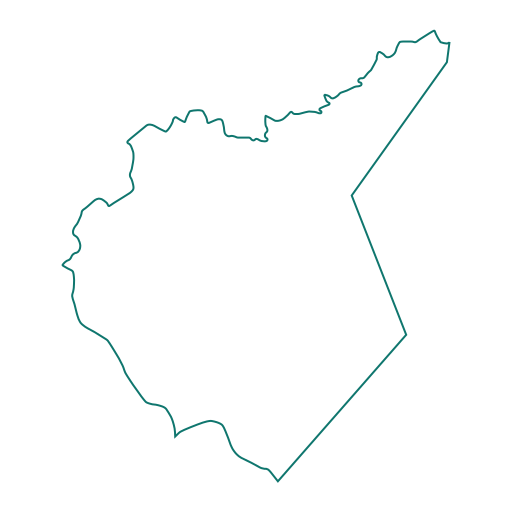 Mapulaca, Lempira, Honduras
{"feature_id": "27666195B86769903642722", "entity_name": "Mapulaca", "entity_type": "district", "adm_level": 2, "iso_a3": "HND", "parent_name": "Honduras", "parent_adm1": "Lempira", "projection": "robinson", "projection_center": [-88.627, 14.049], "detail": "fine", "context": "isolated", "style": "outline", "palette": "teal", "viewbox_px": 512, "rotation_deg": 0, "n_neighbors": 0, "source": "geoboundaries", "source_scale": "gbopen_adm2", "svg_char_len": 5936}
<svg xmlns="http://www.w3.org/2000/svg" viewBox="0 0 512 512"><path d="M449.4,42.9L448.7,42.8L447.6,43.4L446.6,43.5L443.8,43.1L440.6,42.2L438.7,39.3L437.0,36.3L435.7,33.6L434.8,31.2L434.5,30.9L434.1,30.7L432.5,31.4L429.5,33.2L420.8,38.7L419.0,39.9L416.9,41.5L415.7,42.1L415.2,42.2L414.7,42.2L412.2,41.6L409.6,41.5L403.5,41.5L401.0,41.7L399.9,42.0L399.6,42.3L399.0,43.1L397.5,46.0L396.7,47.8L395.8,50.9L395.2,52.2L394.8,53.0L393.8,54.2L392.6,55.3L391.2,56.2L390.1,56.8L389.0,57.1L387.9,57.3L387.3,57.2L386.4,57.0L385.3,56.2L383.7,54.4L382.0,53.2L379.9,52.0L379.3,52.0L378.8,52.1L378.3,52.5L378.0,52.9L377.6,53.9L377.2,55.1L376.8,56.8L376.8,58.9L376.6,59.7L374.0,64.8L371.1,70.0L370.5,70.6L369.2,71.7L367.7,73.2L364.9,76.7L364.1,77.6L363.4,78.0L362.7,78.2L362.0,78.3L361.1,78.2L360.2,78.4L359.3,78.9L358.6,79.7L358.4,80.3L358.3,80.7L358.4,81.3L358.7,81.8L359.0,82.1L359.3,82.3L360.3,82.5L360.8,82.7L361.1,83.0L361.4,83.4L361.5,83.9L361.5,84.4L361.3,84.8L361.1,85.2L360.5,85.6L359.3,86.1L358.2,86.3L356.1,86.5L354.3,87.0L346.8,90.6L341.1,92.6L340.4,93.0L339.7,93.5L338.1,95.3L336.6,96.5L335.1,97.5L333.3,98.3L332.5,98.4L331.6,98.2L330.9,97.8L329.9,96.8L328.8,96.0L327.4,95.4L325.8,95.0L325.0,94.8L324.7,95.0L324.4,95.3L324.4,95.7L325.3,98.2L326.3,100.5L326.8,101.3L327.5,101.9L328.2,102.4L329.3,103.0L329.5,103.3L329.5,103.9L329.2,104.4L328.6,104.8L324.3,106.4L321.0,107.9L320.1,108.4L319.8,108.7L319.6,108.9L319.5,109.4L319.5,109.9L319.6,110.2L319.9,110.5L320.1,110.7L321.0,111.1L321.3,111.5L321.4,111.9L321.4,112.3L321.3,112.7L320.8,113.2L320.0,113.3L318.8,113.2L316.4,112.3L314.6,111.9L309.1,111.5L307.9,111.7L305.1,112.3L299.5,113.8L298.2,114.0L294.8,114.0L294.2,113.9L293.6,113.7L292.9,113.2L291.9,112.1L291.4,111.9L291.0,111.9L290.6,112.1L290.1,112.4L287.8,115.0L284.6,117.9L282.9,119.2L281.7,119.8L280.1,120.4L278.4,120.8L277.1,120.9L275.9,120.9L274.8,120.6L270.4,118.1L265.9,115.9L265.7,115.9L265.5,116.2L265.3,119.2L265.3,121.8L265.5,124.4L265.8,125.9L266.7,127.5L267.1,128.5L267.3,129.3L267.4,130.3L267.3,131.0L267.0,131.6L266.7,132.0L265.9,132.7L265.3,133.5L265.0,134.5L264.9,135.6L265.0,136.3L265.4,137.1L266.0,137.8L267.1,138.5L267.4,139.0L267.5,139.5L267.4,140.1L267.1,140.6L266.5,141.0L265.9,141.2L265.2,141.3L264.1,141.3L261.4,141.0L259.8,140.4L257.8,139.2L256.6,138.9L256.1,138.9L255.6,139.1L255.3,139.3L254.6,140.0L254.2,140.2L253.6,140.4L253.0,140.3L252.6,140.2L252.0,139.9L251.4,139.4L250.4,138.2L249.7,137.8L249.1,137.6L238.0,137.6L236.9,137.4L234.7,136.5L232.8,136.0L231.4,135.9L229.2,136.3L228.3,136.2L227.4,135.9L226.5,135.3L225.8,134.7L225.1,133.7L224.7,132.8L224.3,131.0L223.9,127.3L223.2,123.9L222.8,122.3L222.5,121.3L222.1,120.5L221.6,119.9L221.0,119.5L220.4,119.3L219.0,119.2L217.8,119.3L216.8,119.6L214.0,120.7L209.0,122.9L208.4,123.0L208.0,122.9L207.6,122.6L207.4,122.2L206.9,119.4L206.1,117.0L205.5,115.8L203.3,111.8L202.7,111.2L202.2,110.8L201.6,110.6L200.0,110.3L197.9,110.2L193.7,110.5L191.4,110.9L190.2,111.2L189.7,111.5L189.2,112.2L186.9,116.7L186.1,118.7L185.2,121.3L185.0,121.7L184.6,122.0L184.4,122.0L182.7,121.2L179.9,119.7L176.4,117.4L175.7,117.2L174.9,117.4L174.0,118.2L173.3,119.3L173.1,119.6L172.8,121.3L172.4,122.4L171.4,124.5L170.2,126.6L169.2,128.1L167.9,129.8L166.5,131.2L166.0,131.5L165.5,131.5L164.8,131.3L162.5,130.2L159.5,128.7L154.3,125.8L152.3,125.0L150.2,124.6L148.9,124.6L147.6,124.9L146.5,125.5L130.9,138.3L128.2,140.7L127.6,141.4L127.4,141.9L127.4,142.5L127.7,143.0L128.0,143.3L129.2,143.9L129.8,144.4L130.4,145.2L131.0,146.1L132.0,148.6L132.9,151.2L133.2,152.2L133.4,153.6L133.5,155.6L133.5,157.9L133.4,159.5L133.0,162.3L131.8,168.8L131.2,170.7L130.2,173.1L130.0,174.0L129.9,174.9L130.0,176.0L130.2,176.8L131.5,179.2L132.2,181.1L132.6,182.5L133.2,185.0L133.5,187.0L133.5,188.0L133.3,189.1L132.8,190.1L131.7,191.4L130.1,192.8L123.5,197.0L113.8,203.0L110.3,205.4L109.2,206.0L108.8,206.0L108.3,205.7L107.4,203.9L106.9,203.1L106.2,202.4L103.8,200.5L102.7,199.8L101.7,199.2L100.2,198.8L99.3,198.7L98.4,198.7L96.6,199.2L94.9,200.1L93.3,201.4L87.4,206.6L85.3,208.3L83.3,209.7L82.3,210.7L81.8,211.7L81.4,213.9L80.8,215.9L78.1,222.0L77.0,224.0L75.4,226.0L74.4,227.5L73.9,228.4L73.5,229.5L73.1,230.7L73.0,231.9L73.1,233.2L73.4,234.1L73.8,234.7L74.1,235.1L76.2,236.5L76.8,237.0L77.5,237.8L78.3,239.1L79.0,240.8L79.6,242.2L80.1,244.2L80.3,245.5L80.2,247.1L79.9,248.7L79.2,250.3L78.6,251.1L78.1,251.8L77.0,252.5L76.4,252.8L75.3,253.0L74.6,253.3L73.3,254.1L72.6,254.8L72.0,255.6L71.5,256.5L70.8,258.0L70.0,259.1L69.0,259.9L66.7,260.9L65.2,262.0L64.3,262.8L63.1,264.2L62.7,264.7L62.6,265.1L62.8,265.5L63.5,266.0L67.6,268.4L70.9,270.0L72.2,270.8L72.7,271.4L73.1,272.1L73.6,274.3L73.9,276.9L74.1,280.1L74.0,283.8L73.8,287.5L73.6,289.2L73.1,291.7L72.3,294.4L72.2,295.4L72.2,296.3L72.8,299.0L74.5,304.2L76.7,313.1L77.4,315.5L78.6,319.1L79.8,321.5L80.6,322.8L81.8,324.1L83.0,325.1L85.2,326.8L88.0,328.5L94.6,332.1L101.2,336.2L106.3,339.4L107.2,340.1L107.8,340.7L110.0,343.9L112.9,348.5L116.8,354.9L118.9,358.4L122.5,365.4L123.4,367.5L124.3,370.2L124.9,371.8L125.6,373.3L127.3,376.1L130.4,380.9L133.3,385.2L137.9,391.6L141.3,396.4L143.8,399.6L145.5,401.6L146.2,402.2L146.9,402.6L148.4,403.2L150.0,403.7L152.3,404.3L155.8,404.7L158.1,405.2L159.9,405.7L162.4,406.5L163.7,407.1L164.6,407.6L165.4,408.2L166.2,409.0L168.6,412.7L171.0,416.8L171.9,418.9L172.8,421.4L173.8,424.9L174.6,428.5L175.0,432.2L175.2,436.5L178.9,432.9L179.9,432.1L181.1,431.4L184.4,429.8L190.6,427.2L197.5,424.5L202.8,422.6L207.1,421.4L209.4,421.0L210.6,420.9L211.8,421.0L214.2,421.5L216.7,422.2L218.6,422.9L220.1,423.6L221.6,424.5L222.4,425.3L223.1,426.3L224.0,427.9L225.5,431.3L228.1,437.8L230.6,444.8L231.6,447.0L232.5,448.8L233.8,450.8L235.4,452.9L236.8,454.4L238.8,456.2L241.4,457.9L251.4,462.8L260.0,467.5L261.4,468.1L263.1,468.5L264.5,468.8L266.1,468.8L266.8,469.0L267.5,469.3L268.2,469.6L269.3,470.6L270.8,472.3L277.9,481.3L406.2,334.8L351.7,195.5L446.9,62.2L449.4,42.9Z" fill="none" stroke="#0f766e" stroke-width="2"/></svg>